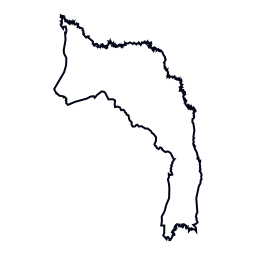 Chum Phae, Khon Kaen, Thailand (Equal Earth projection), rotated 181°
{"feature_id": "78962969B27805721585516", "entity_name": "Chum Phae", "entity_type": "district", "adm_level": 2, "iso_a3": "THA", "parent_name": "Thailand", "parent_adm1": "Khon Kaen", "projection": "equal_earth", "projection_center": [102.084, 16.658], "detail": "fine", "context": "isolated", "style": "outline", "palette": "ink", "viewbox_px": 256, "rotation_deg": 181, "n_neighbors": 0, "source": "geoboundaries", "source_scale": "gbopen_adm2", "svg_char_len": 5795}
<svg xmlns="http://www.w3.org/2000/svg" viewBox="0 0 256 256"><g transform="rotate(181 128 128)"><path d="M197.2,237.7L196.3,237.6L195.7,235.9L196.0,234.3L197.0,233.6L195.9,232.7L196.4,231.6L196.0,231.1L197.0,230.5L196.7,229.2L194.6,226.2L194.2,228.0L192.2,228.4L191.2,225.1L191.6,222.1L192.6,222.3L192.0,215.1L193.6,204.8L193.3,201.5L190.9,197.0L190.9,192.5L191.1,189.1L192.9,182.6L202.5,165.6L200.1,161.1L199.5,161.3L197.4,159.2L193.4,158.5L192.6,157.5L192.1,158.0L190.9,157.1L190.0,155.9L190.7,154.3L190.1,153.8L190.3,151.9L188.4,150.1L181.5,153.2L169.7,156.7L166.3,158.6L163.0,159.3L161.8,157.6L159.8,160.2L155.3,163.9L153.9,164.1L151.7,163.2L148.0,156.3L143.7,156.5L141.4,155.3L141.7,151.5L141.3,148.7L139.0,149.2L136.5,148.5L135.1,145.7L133.0,146.1L131.7,145.1L131.4,143.7L130.1,142.9L129.6,141.3L127.8,140.8L126.8,136.2L124.4,133.6L124.5,131.4L123.4,129.5L121.0,129.7L119.9,131.1L118.7,131.4L117.3,129.7L114.3,130.0L110.8,127.8L108.4,127.8L104.9,125.2L104.0,123.5L102.4,122.5L99.8,119.3L99.8,115.7L101.3,112.2L100.4,110.5L99.4,110.2L98.9,108.5L96.9,107.5L95.5,109.2L93.6,108.2L93.7,107.2L90.3,104.6L88.1,105.2L86.6,104.8L84.9,103.6L81.6,97.3L81.1,97.4L83.2,94.3L82.9,93.3L84.2,91.2L83.6,90.6L84.6,88.2L84.0,87.2L84.5,86.6L84.5,85.3L83.7,84.6L82.9,82.2L84.6,81.7L86.4,82.8L86.2,79.4L87.2,77.5L86.0,72.3L85.6,68.0L85.7,58.5L88.3,52.1L90.0,45.3L92.7,40.1L92.5,35.1L93.1,31.1L90.0,31.1L90.0,23.3L90.9,21.3L87.5,17.5L86.9,19.6L86.1,19.8L84.6,17.7L84.6,16.6L83.9,16.6L81.8,20.0L81.9,20.9L79.7,22.0L79.9,22.8L81.0,22.5L80.6,23.8L81.0,24.6L81.7,24.0L82.3,24.6L80.0,28.0L79.5,27.9L79.2,26.7L78.6,27.1L79.6,30.1L79.1,30.7L78.1,29.8L78.4,31.8L77.5,32.6L76.5,32.6L76.2,31.9L74.7,32.2L75.0,30.6L73.0,30.5L72.2,32.5L71.6,32.6L72.0,30.4L71.5,29.8L69.8,32.4L68.0,31.2L68.3,29.4L68.0,28.8L66.6,30.0L66.6,28.8L65.3,28.7L65.3,26.1L63.0,28.9L62.3,28.6L62.2,27.6L61.4,28.1L59.2,27.5L58.1,26.0L58.4,29.5L61.0,32.3L58.8,33.1L56.8,34.8L58.0,37.8L57.8,39.1L58.6,40.3L58.0,43.3L57.2,44.7L58.5,58.9L56.2,70.9L54.6,74.0L54.3,77.4L53.6,77.8L54.0,81.2L53.5,82.3L54.9,85.7L55.4,85.7L55.5,86.9L54.7,87.9L55.4,89.2L55.1,91.4L55.7,92.8L55.2,96.5L56.4,96.2L56.8,98.1L58.1,98.6L58.0,99.2L57.1,99.6L58.1,101.7L58.7,104.5L61.1,109.3L61.5,110.6L60.8,110.8L61.5,112.1L62.3,112.2L62.5,114.0L62.0,115.0L62.6,117.5L61.8,119.0L62.4,119.1L62.4,120.7L61.6,126.9L62.7,133.6L63.7,134.9L63.7,138.1L62.5,138.8L62.0,140.6L62.6,141.3L62.2,142.6L62.9,144.0L60.7,146.3L61.5,147.5L61.4,146.2L62.4,146.4L62.1,147.3L62.6,148.1L62.2,147.6L61.8,148.2L62.9,149.5L63.5,148.8L63.3,147.7L64.1,147.8L64.9,150.1L65.7,149.0L65.9,150.5L66.5,149.7L65.9,148.9L66.0,148.2L67.2,148.6L67.5,149.4L67.9,148.8L68.5,150.3L67.4,150.9L67.8,152.2L68.2,152.3L69.0,150.3L71.1,153.0L70.9,154.2L71.6,154.4L70.2,156.2L70.6,156.7L71.3,156.0L71.4,156.6L72.1,156.7L71.7,158.2L72.5,158.5L72.1,159.5L72.8,158.8L73.4,160.7L71.8,162.4L73.0,162.7L73.4,163.5L72.4,163.2L71.9,163.7L72.2,164.2L71.0,164.9L72.8,164.8L72.6,166.2L73.1,165.5L73.7,165.7L73.2,166.3L73.5,167.0L75.0,166.9L74.9,165.6L75.4,166.6L76.8,166.2L76.5,168.1L75.2,167.6L75.5,169.1L76.2,168.3L76.9,169.5L74.7,169.9L75.7,170.9L74.7,172.1L75.6,172.2L75.6,173.4L76.4,174.0L75.3,175.2L75.4,176.0L76.2,175.3L76.2,177.0L76.9,176.3L78.0,176.9L77.7,178.4L78.9,177.6L79.1,176.3L79.2,177.8L79.9,177.3L81.0,177.8L80.3,178.2L80.4,178.8L81.9,179.3L82.4,180.4L84.0,179.2L84.2,180.1L85.9,180.0L85.6,180.6L87.3,179.3L87.5,180.7L88.5,181.3L88.2,180.5L89.1,179.9L88.9,180.6L89.6,180.8L88.5,182.4L89.2,183.4L88.9,183.9L89.2,185.2L90.1,186.2L89.9,187.0L90.6,186.5L91.3,188.4L91.7,187.7L92.5,189.1L92.6,193.4L93.2,193.9L91.6,196.6L91.6,197.6L92.3,198.2L92.2,199.5L94.1,202.1L94.7,204.1L96.5,206.1L97.3,206.4L97.1,205.3L97.9,205.4L97.8,206.1L98.6,206.0L99.1,207.2L100.6,206.1L100.4,207.3L101.8,208.3L101.8,207.4L102.6,207.8L103.3,206.5L103.5,208.9L104.3,208.5L104.1,207.8L104.6,207.1L104.7,208.0L105.3,207.6L105.8,208.5L107.0,208.7L106.7,209.9L108.3,208.9L108.8,209.8L107.7,209.6L106.7,211.0L106.9,211.7L107.8,211.7L106.2,213.1L106.4,213.9L108.1,212.9L109.4,214.4L109.4,213.4L110.7,212.3L111.4,212.8L111.6,214.1L112.1,213.9L112.0,214.6L113.0,214.7L113.9,213.3L115.4,213.9L116.7,211.3L118.7,213.6L119.2,212.6L120.2,212.7L121.1,211.7L123.4,213.4L124.5,212.1L127.6,213.6L129.4,212.5L131.2,212.7L131.4,212.0L132.2,212.8L132.1,212.1L132.7,211.8L132.5,211.0L133.6,211.0L133.5,211.8L133.9,210.5L134.6,210.7L134.9,209.0L136.2,209.8L136.4,211.2L137.1,211.1L137.0,210.3L137.8,211.3L138.4,211.1L138.4,210.1L139.8,210.0L139.8,209.2L141.7,208.8L141.3,211.5L142.5,209.9L143.3,209.6L143.3,210.3L144.2,209.7L144.6,210.6L143.6,211.8L144.4,211.7L144.4,212.4L145.2,211.4L145.1,212.4L145.9,212.8L146.4,211.9L146.2,212.9L147.2,214.9L147.5,213.8L147.9,213.9L147.2,213.2L147.4,212.6L148.2,213.6L148.8,213.4L149.2,210.7L150.8,210.0L150.3,209.6L150.1,208.0L151.0,207.3L151.7,207.7L151.3,208.2L151.8,208.7L152.2,208.1L153.8,209.2L154.3,208.9L154.3,209.8L153.7,209.9L154.9,211.3L155.6,211.1L155.4,209.7L156.2,210.4L156.4,209.5L157.0,209.7L157.2,208.3L158.1,208.9L159.3,208.3L159.4,209.2L160.2,209.2L159.5,210.5L160.5,211.5L161.4,211.7L162.8,209.7L163.4,209.9L162.7,211.1L164.8,211.6L164.5,213.8L169.1,217.6L168.9,218.9L170.2,218.9L171.4,217.7L172.5,218.8L174.3,221.0L173.7,221.7L174.5,222.5L174.2,224.1L175.2,224.8L175.0,226.5L177.1,227.5L177.7,227.1L178.8,228.2L180.1,228.0L179.5,231.0L180.9,231.6L181.0,230.7L183.0,230.5L183.8,231.3L183.5,231.8L184.3,232.1L184.0,233.1L184.4,232.8L184.9,233.8L185.5,232.4L185.7,233.2L186.5,233.6L186.7,232.7L187.7,233.7L187.3,232.8L188.0,231.0L188.8,231.5L188.1,232.1L188.4,233.3L189.1,232.1L190.6,232.9L190.8,233.7L190.3,233.6L190.3,234.2L191.7,235.0L192.0,234.3L192.5,235.2L192.8,234.7L193.5,237.5L194.2,237.3L194.1,238.7L195.0,238.9L195.4,238.2L197.1,239.4L197.2,237.7Z" fill="none" stroke="#020617" stroke-width="2"/></g></svg>